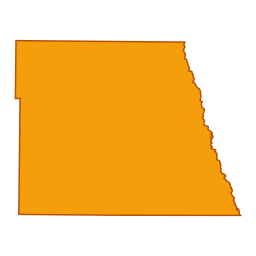 the district of Grand Forks, North Dakota, United States of America
{"feature_id": "52423323B50078487315509", "entity_name": "Grand Forks", "entity_type": "district", "adm_level": 2, "iso_a3": "USA", "parent_name": "United States of America", "parent_adm1": "North Dakota", "projection": "albers", "projection_center": [-97.051, 47.934], "detail": "fine", "context": "isolated", "style": "filled", "palette": "amber", "viewbox_px": 256, "rotation_deg": 0, "n_neighbors": 0, "source": "geoboundaries", "source_scale": "gbopen_adm2", "svg_char_len": 2910}
<svg xmlns="http://www.w3.org/2000/svg" viewBox="0 0 256 256"><path d="M110.5,215.2L240.6,215.4L240.4,215.0L239.7,214.9L239.4,214.5L238.8,209.6L238.6,209.2L238.2,208.9L237.4,209.7L237.0,209.9L236.6,209.9L236.4,209.6L236.4,209.0L237.0,208.1L236.9,207.7L236.4,207.0L236.0,205.9L235.7,205.5L235.2,205.3L235.2,204.9L235.4,204.5L235.3,203.8L235.1,203.5L234.1,202.7L234.1,202.0L234.2,201.4L234.0,200.6L233.3,200.1L233.4,199.5L234.3,198.6L234.5,198.2L234.3,197.9L233.0,196.5L231.8,194.7L231.3,193.8L231.1,193.3L231.2,192.8L232.0,191.8L232.2,191.2L232.2,190.2L232.1,189.4L230.9,188.7L230.9,188.0L231.3,187.7L231.3,187.2L230.6,186.8L230.1,186.1L230.0,185.4L230.3,184.7L229.8,183.4L227.5,181.1L225.9,180.8L225.9,179.6L224.7,178.5L224.2,178.6L224.0,178.4L224.0,177.9L224.4,177.1L224.8,176.7L225.8,176.2L225.8,175.9L225.6,175.6L224.4,174.7L223.8,173.8L222.5,173.5L222.1,173.6L221.8,173.5L221.6,173.0L221.5,172.4L220.6,171.0L220.4,170.6L220.5,170.1L220.9,169.6L221.2,169.0L220.6,167.7L220.5,166.1L220.7,165.8L220.8,165.7L220.8,164.8L220.3,164.3L220.2,164.0L220.3,162.8L219.2,160.4L217.8,160.3L216.6,159.0L216.7,158.6L217.0,158.2L217.0,157.6L216.9,154.8L216.6,153.3L216.1,152.7L215.8,152.6L215.0,151.7L214.9,151.2L215.5,151.0L215.9,150.5L215.7,150.1L215.0,149.6L212.3,149.1L211.5,148.8L211.1,148.3L211.1,148.0L212.0,147.4L212.2,146.8L211.9,146.2L211.0,145.6L210.6,144.9L210.7,144.0L211.9,143.1L212.0,142.6L210.7,141.4L210.9,140.3L211.7,139.5L211.7,139.0L210.8,137.9L210.7,137.0L211.0,136.9L211.7,137.6L212.4,137.8L212.9,137.3L212.8,136.3L212.4,135.3L211.5,134.8L210.9,134.4L212.2,133.7L212.3,133.1L209.6,130.5L208.2,129.7L207.9,128.6L208.3,127.5L208.2,126.6L207.5,126.2L206.2,126.0L204.8,125.3L204.1,124.3L203.8,123.4L203.9,122.8L204.5,121.5L204.5,120.7L204.2,119.9L203.1,119.1L202.5,118.6L202.4,118.3L202.5,117.8L203.3,116.8L203.5,116.3L203.0,115.1L203.0,114.6L203.6,112.9L204.3,110.5L204.4,109.7L204.3,109.2L204.0,108.8L202.3,107.8L201.9,107.0L201.3,103.3L201.6,102.7L202.2,102.1L202.1,101.5L201.8,101.3L200.8,101.1L200.5,100.8L200.1,100.1L200.2,99.3L200.9,97.7L200.9,97.3L200.5,92.6L200.1,90.5L199.7,89.4L199.4,88.9L197.8,87.9L196.9,87.1L194.5,82.8L193.3,82.6L193.0,82.4L192.9,82.2L193.0,81.7L193.8,80.7L194.1,79.2L194.0,77.9L193.5,76.8L192.8,76.4L192.7,76.1L192.8,75.6L193.1,75.0L193.1,74.5L192.9,73.9L192.1,73.3L191.9,71.7L191.4,71.3L191.0,71.2L189.6,71.4L188.8,71.0L188.7,70.6L188.8,70.1L189.3,69.1L189.4,68.8L189.4,68.2L189.2,67.6L188.0,65.2L187.7,64.2L187.5,62.2L186.8,61.3L186.8,60.7L186.9,60.1L186.4,59.3L184.8,58.7L184.6,58.3L184.6,57.2L185.1,56.3L185.2,55.6L185.4,54.8L185.4,54.0L185.2,53.6L184.7,53.2L184.2,52.4L183.6,50.4L183.6,49.5L183.9,48.9L184.0,48.6L184.6,47.8L184.8,47.4L184.8,46.9L184.7,46.1L184.5,45.7L184.1,45.6L183.8,45.1L183.8,44.6L184.8,42.5L184.9,42.1L22.9,40.7L21.6,40.6L16.0,40.6L15.4,98.5L20.1,98.5L18.8,214.4L105.2,215.1L110.5,215.2Z" fill="#f59e0b" stroke="#b45309" stroke-width="1.5"/></svg>